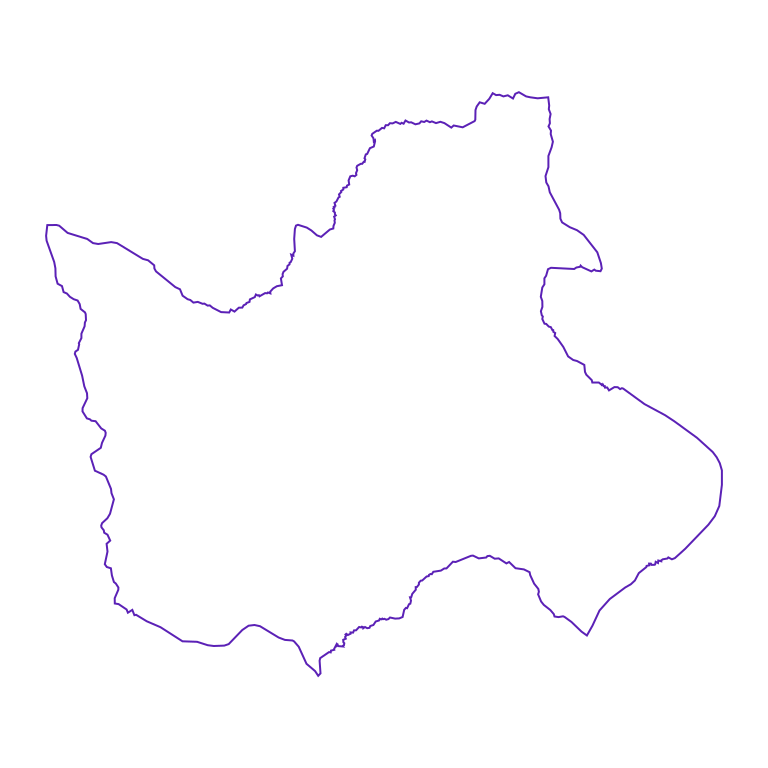 Sambour, Krâchéh, Cambodia (Robinson projection)
{"feature_id": "14789045B56748216757277", "entity_name": "Sambour", "entity_type": "district", "adm_level": 2, "iso_a3": "KHM", "parent_name": "Cambodia", "parent_adm1": "Krâchéh", "projection": "robinson", "projection_center": [106.055, 13.019], "detail": "fine", "context": "isolated", "style": "outline", "palette": "violet", "viewbox_px": 768, "rotation_deg": 0, "n_neighbors": 0, "source": "geoboundaries", "source_scale": "gbopen_adm2", "svg_char_len": 6055}
<svg xmlns="http://www.w3.org/2000/svg" viewBox="0 0 768 768"><path d="M107.5,551.6L104.8,564.2L106.8,567.0L110.9,568.3L111.9,575.4L113.9,582.0L115.8,583.5L118.4,587.5L118.3,589.8L114.7,598.2L114.8,603.5L118.6,604.1L126.6,609.5L127.9,612.7L132.3,609.9L134.4,615.2L136.1,614.8L146.8,621.3L160.5,627.2L182.5,641.3L197.1,641.8L207.7,645.2L213.8,646.0L224.3,645.6L228.7,644.1L242.3,630.0L248.6,625.7L254.5,625.0L260.0,626.2L278.6,637.5L284.9,639.9L292.5,640.5L294.1,641.4L298.7,646.7L306.5,663.8L315.1,671.1L318.2,675.8L320.5,673.4L319.6,660.7L320.2,658.1L329.0,652.1L330.7,652.4L331.0,650.6L334.3,649.8L334.1,649.0L336.4,644.6L336.7,645.7L337.6,644.6L338.2,646.1L343.0,646.5L342.6,646.0L344.0,645.1L344.3,643.2L343.4,642.3L343.2,639.8L345.8,638.7L345.1,637.0L346.3,635.4L345.5,634.5L346.3,633.8L347.9,635.0L350.6,633.7L350.5,632.4L353.1,632.6L354.0,630.4L356.1,630.3L359.1,627.0L361.2,627.4L361.8,626.7L362.9,627.0L363.2,628.3L365.0,627.0L367.2,628.2L369.5,627.8L370.3,626.0L373.4,625.0L375.7,621.5L379.0,620.5L379.8,618.8L381.1,619.4L382.3,618.6L383.0,619.2L384.5,618.8L386.2,619.7L388.4,619.1L390.0,617.5L395.1,618.6L399.2,618.4L402.6,617.0L404.2,609.8L405.9,607.9L407.1,608.2L409.0,604.2L410.3,603.7L411.0,600.6L410.0,597.3L411.2,597.3L412.3,593.8L415.8,589.7L415.7,587.1L416.9,587.0L418.9,584.5L418.9,582.7L420.7,580.7L422.2,580.5L426.6,576.5L428.7,576.1L429.0,574.9L430.5,574.0L431.8,574.2L433.3,571.8L440.9,570.6L444.2,568.5L446.5,568.4L452.9,561.7L455.7,562.0L471.0,555.8L473.0,555.6L478.8,558.4L486.2,557.5L487.4,556.1L489.8,555.8L494.7,558.7L498.7,558.4L506.4,563.4L509.1,562.0L515.5,568.2L523.9,569.4L529.6,572.2L530.2,575.1L534.1,583.6L538.3,588.9L538.9,591.8L538.1,594.3L541.1,601.5L543.8,604.9L550.3,610.0L553.8,614.1L554.5,616.5L558.5,617.1L563.0,616.3L564.5,616.9L571.4,621.9L581.5,631.6L586.9,635.5L592.5,625.6L599.5,610.5L609.8,599.0L625.2,587.5L630.9,584.2L634.9,580.5L638.8,573.1L646.3,567.1L646.6,565.9L649.4,565.3L649.1,563.6L650.9,563.6L651.7,564.9L654.4,564.8L655.1,564.5L655.7,561.8L658.0,563.0L658.3,560.5L661.3,561.3L661.3,560.3L662.8,559.3L667.4,558.5L668.3,557.4L671.9,559.3L674.9,558.1L685.2,548.8L708.4,524.7L714.8,516.2L719.3,506.0L721.9,484.8L721.9,470.4L719.8,463.2L716.7,457.3L712.8,452.1L697.0,437.8L674.2,421.2L665.1,415.2L644.5,404.1L623.2,388.6L621.9,388.2L620.1,389.1L617.7,387.2L614.4,387.1L609.0,390.4L607.2,387.5L605.0,387.6L604.8,386.1L603.6,386.1L603.0,384.6L601.9,385.0L601.8,384.2L601.3,384.5L598.8,382.5L592.3,382.5L591.8,380.2L586.3,374.7L585.0,371.9L584.3,364.9L577.0,361.0L573.2,360.0L568.1,356.4L563.3,346.9L557.7,339.0L554.6,336.0L555.2,333.0L553.4,331.9L553.2,330.1L552.4,330.1L550.8,327.1L548.8,326.6L546.2,323.9L544.5,323.7L542.3,319.0L542.8,316.5L541.8,315.3L540.9,311.2L542.4,306.9L542.3,301.0L540.8,296.8L542.3,287.5L544.4,284.3L544.4,278.3L546.1,275.8L548.0,269.2L551.0,267.8L574.2,269.0L576.4,267.5L580.1,266.8L580.6,265.6L582.2,267.2L591.4,271.4L594.3,269.6L595.8,270.7L600.5,271.2L601.8,268.6L600.9,263.1L597.3,252.3L583.7,234.9L577.0,230.2L569.8,227.2L562.1,222.4L560.4,218.7L560.2,213.2L559.1,209.7L549.8,192.3L548.5,186.3L546.3,182.5L545.5,176.1L548.4,167.2L548.4,156.0L551.6,147.3L552.9,141.7L550.7,134.0L551.0,130.6L548.5,126.4L549.9,123.3L549.6,119.1L550.6,114.0L548.8,109.2L549.2,105.6L548.2,97.3L537.6,98.3L530.3,97.3L526.1,96.4L518.9,92.2L515.3,93.8L513.0,98.5L507.8,95.3L503.4,96.4L499.6,94.8L496.1,95.1L492.7,93.2L489.3,98.8L484.7,103.8L479.7,102.3L476.7,106.5L475.5,110.0L475.3,119.7L474.6,121.1L462.7,127.3L453.7,125.5L451.3,127.6L444.4,123.1L440.4,121.8L436.0,123.1L431.9,121.4L429.9,122.2L426.5,120.6L424.2,122.0L421.2,121.3L419.4,123.4L415.4,124.3L411.2,122.3L409.0,122.5L405.5,120.5L403.6,123.7L401.6,122.8L400.3,123.9L395.8,121.9L392.6,123.4L389.9,123.2L388.1,125.2L385.7,125.2L384.2,128.3L382.0,127.9L378.5,130.8L376.8,130.7L372.3,133.8L371.6,135.5L373.5,138.4L373.8,141.4L375.0,140.3L375.1,141.2L373.8,146.5L369.9,148.2L367.2,153.9L365.8,154.4L364.5,158.3L365.3,159.3L364.6,161.9L363.8,161.7L362.2,163.8L360.8,163.8L357.2,165.8L356.5,167.5L357.2,170.2L356.0,173.1L356.4,174.9L354.7,176.3L352.8,175.7L350.3,176.3L348.6,180.4L349.2,184.5L347.0,185.6L346.7,187.2L343.3,187.8L343.3,189.5L341.0,191.0L341.3,192.0L339.0,194.4L339.7,196.8L338.5,197.5L336.4,201.5L334.5,202.9L335.4,205.8L333.8,206.9L334.4,207.7L333.3,208.5L334.0,210.0L333.3,211.1L334.9,212.5L334.9,214.2L335.8,215.4L334.1,216.6L335.0,219.3L334.5,220.4L334.8,222.8L333.5,225.9L333.3,228.5L329.9,229.5L321.1,236.9L316.9,235.3L311.4,230.5L306.8,227.6L298.0,224.8L296.0,225.6L294.9,229.0L294.2,238.9L294.9,251.2L293.3,253.6L293.4,255.7L291.2,254.7L292.3,258.7L290.7,262.1L289.6,262.7L289.5,264.4L287.5,265.9L287.1,268.7L283.5,271.8L282.6,274.1L282.8,276.4L280.9,278.4L282.0,285.2L276.9,286.2L273.2,288.4L270.2,291.7L270.4,293.4L267.9,292.5L267.1,293.3L265.1,293.1L259.5,296.3L258.9,295.2L257.7,295.5L255.9,294.5L254.8,297.1L249.9,299.4L249.5,301.9L246.5,303.0L246.0,304.1L243.6,305.3L242.3,307.6L238.8,307.7L234.5,311.6L230.8,309.5L229.2,312.5L221.1,312.1L212.7,307.8L209.8,305.4L207.6,305.6L204.4,303.6L202.6,303.8L197.8,301.9L193.4,302.6L190.3,300.0L187.6,299.2L182.6,295.7L180.0,289.3L175.3,287.1L156.0,271.4L154.4,268.5L154.2,265.3L148.1,260.3L142.9,258.9L117.0,243.1L111.2,242.1L98.2,244.0L93.0,243.1L87.3,239.0L67.6,232.9L59.2,225.7L56.5,225.0L47.3,225.1L46.1,235.8L46.6,240.7L54.2,262.0L55.4,268.3L55.6,276.4L57.6,283.7L62.0,286.1L63.6,292.1L66.9,293.5L69.9,296.8L73.7,299.2L77.6,300.5L79.7,304.1L80.6,308.9L85.0,312.4L85.7,314.1L86.0,320.2L84.9,322.5L84.6,326.3L81.4,333.7L81.4,338.1L78.8,343.2L79.2,344.2L78.0,349.8L75.4,351.6L74.8,353.9L76.7,357.9L82.1,375.6L84.3,386.3L87.0,393.2L87.3,398.2L82.6,408.1L82.5,411.4L86.9,418.4L89.9,419.3L91.4,420.7L95.6,421.2L101.2,428.4L104.9,430.7L105.7,432.8L105.4,435.6L102.0,442.9L100.8,447.8L91.4,454.2L90.6,456.9L94.9,470.7L103.6,474.7L105.9,476.5L111.0,488.9L111.5,493.2L113.9,499.3L110.0,513.8L107.4,518.2L102.1,523.1L101.2,525.6L101.5,527.4L103.8,530.3L104.2,532.7L107.5,534.7L110.2,540.6L106.6,543.8L107.5,551.6Z" fill="none" stroke="#5b21b6" stroke-width="2"/></svg>